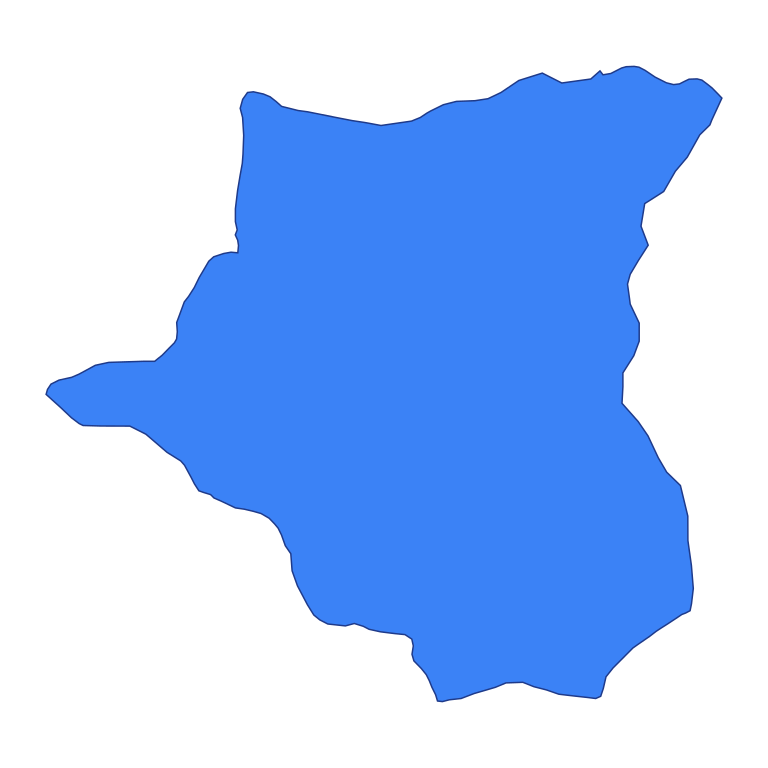 the district of Kikorthang, Chirang, Bhutan
{"feature_id": "84629894B27564623470868", "entity_name": "Kikorthang", "entity_type": "district", "adm_level": 2, "iso_a3": "BTN", "parent_name": "Bhutan", "parent_adm1": "Chirang", "projection": "albers", "projection_center": [90.136, 27.002], "detail": "fine", "context": "isolated", "style": "filled", "palette": "blue", "viewbox_px": 768, "rotation_deg": 0, "n_neighbors": 0, "source": "geoboundaries", "source_scale": "gbopen_adm2", "svg_char_len": 2512}
<svg xmlns="http://www.w3.org/2000/svg" viewBox="0 0 768 768"><path d="M690.1,610.7L691.5,603.7L693.3,588.5L691.4,565.4L687.9,540.5L687.8,516.1L680.4,485.5L666.7,472.2L658.3,457.8L648.0,435.9L638.2,421.6L622.0,403.3L622.9,386.7L622.9,372.9L633.8,355.7L639.2,341.2L639.2,323.1L630.2,304.1L629.5,298.5L627.5,284.1L630.2,274.3L638.5,260.3L641.6,255.5L648.2,245.2L641.0,226.2L644.7,203.6L663.7,191.5L675.4,171.2L687.3,157.1L699.8,134.8L709.9,124.9L711.8,120.0L721.9,98.1L718.2,94.2L712.0,87.9L707.5,84.3L701.9,80.1L697.1,78.9L689.0,79.2L684.0,81.6L679.5,83.9L673.6,84.6L666.4,82.8L655.1,77.1L645.0,70.3L639.0,67.2L634.2,66.4L626.2,66.7L621.6,68.0L610.8,73.5L603.0,74.8L600.0,70.9L590.8,79.0L561.8,83.0L542.3,73.1L526.7,78.0L518.8,80.5L501.0,92.5L496.2,94.8L488.0,98.7L475.0,100.7L456.4,101.4L443.4,104.7L430.8,110.9L426.9,113.1L420.3,117.5L411.5,121.1L381.0,125.5L369.2,123.3L364.7,122.5L352.1,120.6L335.1,117.3L307.6,111.8L298.0,110.5L289.3,108.3L281.6,106.4L276.1,101.5L270.1,96.8L263.4,94.0L253.4,91.8L247.5,92.5L242.7,99.3L240.2,108.3L242.6,117.5L243.7,135.4L243.0,154.1L242.3,163.4L240.1,175.5L237.6,190.5L235.4,208.8L235.4,221.7L237.2,229.9L235.3,234.9L237.7,240.2L238.5,245.5L237.8,252.8L231.0,252.2L223.7,253.5L213.7,256.8L208.8,261.2L199.2,277.5L194.3,287.5L188.6,296.4L184.3,301.9L178.9,316.6L176.7,322.5L177.3,331.8L176.6,339.0L174.4,342.8L169.7,347.5L162.1,355.3L158.1,358.5L154.7,361.3L143.5,361.3L108.7,362.4L95.3,365.3L79.1,374.1L71.7,377.3L59.0,380.1L51.0,384.1L47.5,389.4L46.1,394.4L60.4,407.3L71.5,417.8L79.2,423.6L83.1,425.5L101.1,426.0L129.8,426.1L138.4,430.4L145.9,434.2L167.1,452.4L180.7,460.9L184.5,465.2L191.3,477.7L194.4,483.8L198.9,490.8L203.4,492.4L210.6,494.6L214.0,498.0L220.9,501.0L235.4,507.9L244.4,509.2L253.3,511.3L261.0,513.5L269.1,518.2L274.6,523.9L278.1,528.1L281.5,535.0L285.3,545.7L290.8,553.7L292.1,570.8L297.5,585.9L307.4,604.7L313.8,615.0L319.8,619.9L327.8,624.0L345.4,625.9L354.3,623.5L363.3,626.3L369.1,629.3L380.4,631.8L394.9,633.6L405.0,634.6L411.8,639.1L413.3,645.9L412.0,654.3L413.9,660.9L421.3,668.5L426.3,674.7L429.3,680.7L431.9,687.2L435.6,694.7L437.5,701.0L442.4,701.6L449.3,699.8L461.1,698.5L474.2,693.5L483.9,690.7L495.4,687.3L506.0,682.9L522.8,682.3L533.9,686.7L546.4,689.9L558.8,694.2L565.5,695.0L575.1,696.1L587.8,697.5L595.7,698.5L600.7,696.3L603.3,688.5L606.0,676.8L613.0,668.0L632.9,648.0L638.1,644.3L649.7,636.3L656.2,631.3L661.5,627.8L667.5,624.0L677.8,617.2L681.8,614.5L685.7,613.0L690.1,610.7Z" fill="#3b82f6" stroke="#1e3a8a" stroke-width="1.5"/></svg>